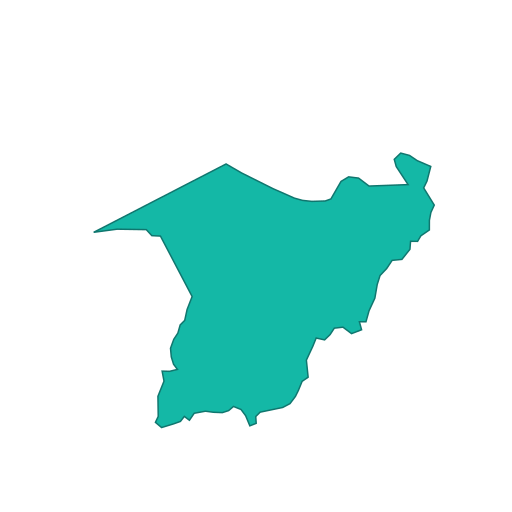 Almino Afonso, Rio Grande do Norte, Brazil, rotated 226°
{"feature_id": "56859067B53206467029095", "entity_name": "Almino Afonso", "entity_type": "district", "adm_level": 2, "iso_a3": "BRA", "parent_name": "Brazil", "parent_adm1": "Rio Grande do Norte", "projection": "mercator", "projection_center": [-37.775, -6.157], "detail": "fine", "context": "isolated", "style": "filled", "palette": "teal", "viewbox_px": 512, "rotation_deg": 226, "n_neighbors": 0, "source": "geoboundaries", "source_scale": "gbopen_adm2", "svg_char_len": 1267}
<svg xmlns="http://www.w3.org/2000/svg" viewBox="0 0 512 512"><g transform="rotate(226 256 256)"><path d="M385.8,155.7L371.8,174.7L351.2,195.4L343.0,195.2L336.7,201.1L271.2,181.9L265.4,169.3L259.2,160.0L259.1,153.6L254.8,146.2L253.2,139.0L249.0,130.4L242.3,125.0L235.4,121.5L229.0,120.7L233.1,113.7L238.4,108.5L229.9,102.9L223.2,88.0L208.5,74.2L206.2,68.1L198.2,68.9L192.5,80.1L189.5,86.7L190.4,93.0L184.1,94.0L185.8,102.3L179.5,111.8L173.2,116.8L166.7,123.0L163.8,128.9L163.4,135.3L156.0,138.6L148.3,137.6L138.1,133.6L135.5,139.9L140.7,144.3L140.8,150.5L128.5,170.0L126.2,177.9L127.6,186.8L129.9,193.2L133.8,202.1L132.6,209.3L146.1,219.9L151.6,234.2L155.2,242.3L148.0,247.1L148.0,254.7L149.7,262.2L144.4,269.1L133.8,270.8L129.6,280.7L136.9,284.7L132.3,289.4L138.1,299.3L143.1,312.2L151.3,323.4L155.8,331.7L156.2,341.3L158.3,350.9L152.2,358.6L153.9,371.4L159.2,377.4L154.3,382.4L156.0,388.6L154.3,398.8L161.2,405.5L165.8,412.0L168.8,419.6L188.5,423.9L191.1,431.0L199.0,443.9L212.7,438.2L221.7,436.3L229.5,431.6L229.5,422.6L222.9,419.0L201.7,415.0L227.8,385.9L240.8,383.9L248.6,377.6L250.6,369.0L245.0,349.5L247.5,344.0L256.5,334.1L263.7,328.1L271.0,323.8L292.4,315.1L325.8,303.3L343.0,298.4L385.8,155.7Z" fill="#14b8a6" stroke="#0f766e" stroke-width="1.5"/></g></svg>